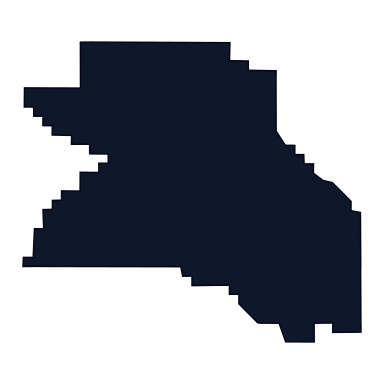 Washington, Oregon, United States of America (Albers equal-area conic projection)
{"feature_id": "52423323B3923941194406", "entity_name": "Washington", "entity_type": "district", "adm_level": 2, "iso_a3": "USA", "parent_name": "United States of America", "parent_adm1": "Oregon", "projection": "albers", "projection_center": [-123.085, 45.549], "detail": "fine", "context": "isolated", "style": "filled", "palette": "ink", "viewbox_px": 384, "rotation_deg": 0, "n_neighbors": 0, "source": "geoboundaries", "source_scale": "gbopen_adm2", "svg_char_len": 1100}
<svg xmlns="http://www.w3.org/2000/svg" viewBox="0 0 384 384"><path d="M304.4,341.9L314.2,341.9L314.1,323.2L332.8,323.0L332.8,332.4L361.0,332.1L360.9,321.5L360.7,287.6L360.7,286.4L360.6,271.2L360.7,266.5L360.7,263.2L360.6,244.3L360.5,230.3L360.5,229.3L360.5,220.0L360.4,218.4L360.4,212.5L351.0,210.7L351.0,201.4L341.7,192.0L332.3,182.6L322.9,180.5L313.4,173.2L313.5,163.9L304.1,163.9L303.7,154.6L294.8,154.6L294.8,145.4L285.3,145.3L276.1,131.1L276.0,80.0L276.1,70.8L248.3,70.3L248.3,61.0L229.5,60.7L229.9,42.7L90.0,42.1L80.4,42.2L80.5,88.1L24.5,87.9L24.3,107.0L33.7,107.0L33.8,116.2L43.0,116.2L42.9,125.6L52.3,125.7L52.2,135.0L71.7,135.4L71.4,144.3L89.6,144.2L89.7,153.8L108.2,154.0L108.3,163.2L98.8,163.2L98.9,172.5L80.2,172.3L80.1,191.1L61.6,190.9L61.5,200.2L52.5,200.4L52.4,209.4L43.0,209.6L43.7,228.9L34.5,228.7L33.2,257.4L23.4,257.4L23.0,266.5L32.7,266.4L180.3,266.7L180.8,266.7L182.7,276.2L192.0,276.1L192.0,285.6L215.5,285.3L229.5,285.2L229.4,294.3L239.0,294.2L238.9,303.8L257.7,322.8L260.1,323.1L279.1,323.2L285.7,341.8L304.4,341.9Z" fill="#0f172a" stroke="#020617" stroke-width="1.5"/></svg>